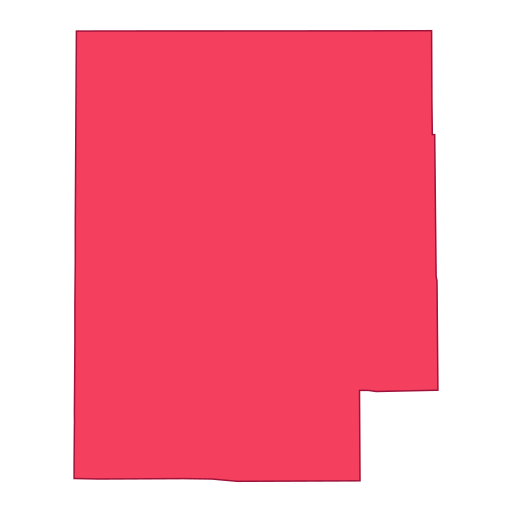 outline of Catron, New Mexico, United States of America
{"feature_id": "52423323B25114965344080", "entity_name": "Catron", "entity_type": "district", "adm_level": 2, "iso_a3": "USA", "parent_name": "United States of America", "parent_adm1": "New Mexico", "projection": "orthographic", "projection_center": [-108.593, 33.89], "detail": "fine", "context": "isolated", "style": "filled", "palette": "rose", "viewbox_px": 512, "rotation_deg": 0, "n_neighbors": 0, "source": "geoboundaries", "source_scale": "gbopen_adm2", "svg_char_len": 515}
<svg xmlns="http://www.w3.org/2000/svg" viewBox="0 0 512 512"><path d="M75.0,292.6L74.9,305.1L74.9,342.6L74.4,412.9L74.5,424.2L74.4,425.0L74.4,426.1L74.4,427.3L74.1,465.0L74.1,478.4L74.1,478.5L98.9,479.0L183.6,478.6L211.8,479.0L237.3,481.3L360.0,480.8L359.5,390.4L368.4,390.4L376.3,391.5L437.9,390.2L437.0,281.0L436.1,276.4L434.7,134.6L432.3,134.6L431.9,101.7L431.6,30.7L354.7,30.9L93.2,31.0L92.4,31.1L76.4,31.1L76.3,49.6L75.3,220.2L75.3,261.0L75.0,292.6Z" fill="#f43f5e" stroke="#9f1239" stroke-width="1.5"/></svg>